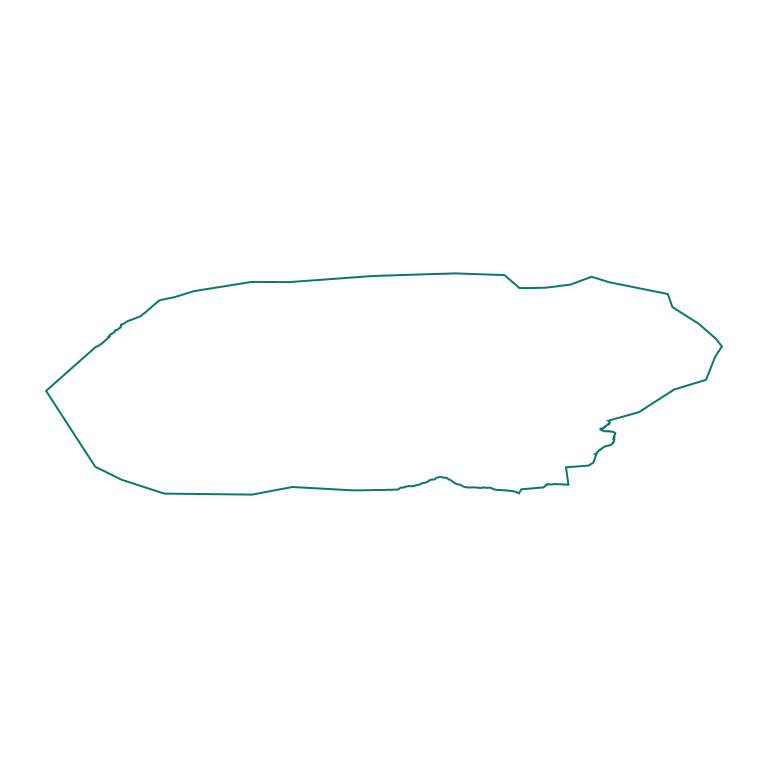 outline of Lesja nor, Oppland, Norway
{"feature_id": "86288312B96709074525664", "entity_name": "Lesja nor", "entity_type": "district", "adm_level": 2, "iso_a3": "NOR", "parent_name": "Norway", "parent_adm1": "Oppland", "projection": "equal_earth", "projection_center": [8.709, 62.19], "detail": "fine", "context": "isolated", "style": "outline", "palette": "teal", "viewbox_px": 768, "rotation_deg": 0, "n_neighbors": 0, "source": "geoboundaries", "source_scale": "gbopen_adm2", "svg_char_len": 5532}
<svg xmlns="http://www.w3.org/2000/svg" viewBox="0 0 768 768"><path d="M353.6,490.4L386.4,489.9L387.8,489.7L388.5,489.7L390.9,489.8L394.5,489.6L397.0,489.6L397.7,489.5L398.7,489.2L399.4,488.7L400.1,488.0L400.5,487.8L401.2,487.7L401.7,487.5L402.8,487.6L403.5,487.5L404.3,487.2L405.3,486.8L406.9,486.4L408.0,486.3L408.9,486.0L409.9,486.1L411.2,486.4L412.3,486.2L413.8,486.0L414.7,485.8L415.8,485.2L416.6,485.1L417.9,485.0L418.9,484.8L419.6,484.3L421.8,483.4L422.8,483.1L426.1,482.5L426.7,482.2L427.4,481.8L428.5,481.3L428.8,480.8L429.3,480.3L430.1,480.0L430.9,479.7L431.9,479.6L432.9,479.6L433.8,479.6L434.9,479.2L435.7,478.5L435.9,478.1L436.4,477.9L438.4,477.4L439.7,477.0L440.3,476.9L441.1,477.0L442.2,477.3L443.0,477.6L444.7,477.7L446.8,477.9L448.7,479.4L449.2,479.6L449.6,479.6L450.0,479.8L450.5,480.0L451.2,480.5L451.6,480.8L453.2,482.1L453.7,482.5L454.4,482.8L455.0,483.3L456.5,483.9L457.2,484.2L458.8,484.5L459.7,484.7L460.2,484.8L461.0,485.4L462.1,485.8L462.9,486.3L464.2,486.8L465.6,487.1L467.4,487.4L468.2,487.5L472.5,487.4L473.3,487.4L475.1,487.4L476.3,487.5L479.9,487.9L480.5,488.0L481.0,487.9L483.2,487.5L484.4,487.4L485.0,487.5L485.4,487.7L485.9,487.8L487.1,487.8L487.6,487.7L488.1,487.6L488.7,487.6L489.1,487.8L489.6,487.9L490.3,487.8L490.7,487.8L491.1,488.1L491.5,488.2L491.9,488.3L492.1,488.4L492.3,488.7L492.6,488.9L493.2,489.1L494.1,489.2L494.5,489.3L494.8,489.5L495.1,489.7L495.5,489.8L497.0,490.0L497.7,490.0L498.2,489.9L498.8,489.9L499.7,490.1L500.1,490.0L500.9,490.0L501.5,490.0L503.2,490.3L505.2,490.3L505.9,490.4L507.1,490.4L507.5,490.7L508.1,490.7L509.7,490.9L511.1,490.8L511.6,490.9L513.3,491.2L514.1,491.4L515.1,491.8L516.1,492.1L517.3,492.6L517.7,492.8L518.5,493.3L518.9,493.4L521.4,489.3L539.9,487.7L541.1,487.5L541.5,487.6L541.9,487.5L542.0,487.5L543.0,487.6L543.3,487.5L543.4,487.3L544.0,487.1L544.1,486.8L544.2,486.7L544.7,486.4L545.0,486.3L545.1,486.2L545.4,486.1L545.5,486.0L545.5,485.5L545.7,485.3L546.5,485.0L547.1,484.9L547.3,484.7L547.5,484.6L548.0,484.6L548.1,484.3L548.0,484.2L548.7,484.1L548.9,484.2L549.8,484.2L549.9,484.4L550.1,484.5L550.9,484.6L552.0,484.5L552.4,484.5L552.7,484.4L553.0,484.3L553.3,484.3L553.5,484.2L553.8,484.0L568.4,484.7L566.0,467.3L588.3,465.6L589.9,464.8L593.2,462.8L596.1,455.0L595.9,454.9L596.0,454.5L595.9,454.3L595.2,453.9L595.5,453.7L596.1,454.0L596.4,454.3L597.3,452.0L597.4,451.9L597.8,451.8L598.1,451.6L598.8,450.9L598.9,450.7L598.9,450.4L599.1,450.3L599.7,449.9L600.2,449.9L600.4,449.9L600.9,449.6L601.0,449.5L601.0,449.3L601.3,449.0L601.3,448.9L601.2,448.7L601.5,448.4L602.2,448.2L602.6,448.0L602.7,447.9L602.9,447.7L603.9,447.3L604.1,447.2L604.4,446.9L604.5,446.7L604.9,446.4L606.8,446.0L609.0,445.4L610.0,445.3L610.8,445.0L611.1,444.8L611.4,444.6L611.8,444.0L612.1,443.7L612.4,443.5L612.4,443.4L612.6,443.3L612.7,443.1L612.8,443.0L613.3,442.8L613.4,442.7L613.4,442.4L613.3,442.1L613.2,442.0L613.2,441.9L613.3,441.7L613.8,441.7L614.0,441.5L614.0,441.4L613.8,441.1L613.8,440.8L614.1,439.9L614.3,439.7L614.4,439.3L614.3,439.2L614.0,439.1L613.5,439.1L613.3,439.1L613.2,439.0L613.2,438.9L613.2,438.7L613.8,437.7L614.4,437.3L614.4,437.2L614.5,437.1L614.2,436.5L614.1,436.3L614.0,436.1L614.2,435.7L614.8,434.9L615.0,434.2L615.3,433.8L615.4,433.5L615.4,433.4L615.3,433.2L614.0,432.5L613.8,432.3L613.6,432.0L613.4,431.8L612.9,431.7L612.4,431.6L610.6,431.7L610.4,431.7L610.1,431.6L609.8,431.2L609.6,431.1L608.9,431.1L607.9,431.3L607.7,431.3L606.3,431.2L605.7,431.2L605.4,431.2L604.8,431.3L604.2,431.3L602.8,430.5L600.9,429.8L600.7,429.6L601.3,429.4L601.5,429.2L601.3,428.8L601.1,428.6L601.4,428.5L602.0,428.5L602.4,428.4L602.5,428.3L603.0,428.4L603.3,428.3L603.2,428.1L603.6,427.8L603.7,427.7L603.8,427.5L604.0,427.4L604.3,427.3L605.0,427.1L604.9,426.7L604.9,426.3L605.1,426.2L605.7,426.0L605.8,426.0L605.9,425.8L606.4,425.6L607.0,425.1L607.3,424.9L608.0,424.6L608.7,424.5L609.1,424.3L609.2,424.1L609.2,423.9L608.7,423.7L609.2,423.3L609.5,423.1L609.7,422.8L609.7,422.7L609.2,422.1L609.3,422.0L609.6,421.8L609.6,421.4L608.4,420.7L639.0,412.1L674.1,389.5L706.0,379.8L715.1,356.9L721.9,346.5L715.9,338.8L698.9,323.9L672.4,307.1L667.8,294.0L609.5,282.3L591.6,276.8L578.7,281.5L571.9,284.0L571.1,284.4L570.6,284.6L570.0,284.7L568.4,284.9L562.9,285.5L556.5,286.4L545.7,287.7L525.8,288.1L519.4,288.0L504.5,275.1L455.5,273.4L424.7,274.3L376.0,275.9L371.3,276.1L289.1,282.1L251.8,281.9L194.1,291.1L174.4,297.2L165.0,299.1L159.8,300.3L159.0,300.6L143.9,313.6L143.2,313.9L140.5,316.2L134.7,318.5L127.8,321.1L126.0,322.2L124.1,323.4L123.7,323.6L123.2,324.0L122.6,324.2L121.5,324.4L121.2,324.6L121.4,324.9L121.0,325.2L120.9,325.5L120.8,326.0L120.9,326.5L120.8,327.0L120.5,327.3L120.4,327.6L119.4,328.0L119.2,328.3L118.3,329.0L117.7,329.4L117.4,329.8L116.9,330.0L115.5,330.2L115.2,330.6L114.8,330.7L114.8,331.0L115.0,331.3L114.8,331.6L114.5,331.7L114.4,332.0L114.1,332.2L113.8,332.4L113.1,333.0L112.2,333.4L112.1,333.6L111.9,333.7L111.3,334.0L110.7,334.1L110.5,334.3L110.2,334.6L110.1,334.8L110.0,335.0L110.0,335.3L109.6,335.8L109.3,336.0L109.2,336.2L109.1,336.3L108.7,336.5L108.9,336.7L109.3,336.8L105.7,340.2L103.8,341.7L102.6,342.9L102.4,343.2L102.1,343.3L101.7,343.5L101.6,343.8L101.3,344.0L101.1,344.1L100.7,344.2L100.6,344.3L100.4,344.4L100.2,344.6L99.8,344.8L99.2,345.2L99.1,345.4L98.7,345.7L98.4,346.0L98.2,346.2L97.7,346.3L96.9,346.4L96.5,346.5L96.3,346.6L96.2,346.7L96.0,346.8L95.9,346.9L95.4,347.1L95.2,347.3L95.0,347.6L80.1,360.7L46.1,390.9L95.2,466.7L121.5,479.7L164.3,493.6L252.0,494.6L292.4,487.0L353.6,490.4Z" fill="none" stroke="#0f766e" stroke-width="2"/></svg>